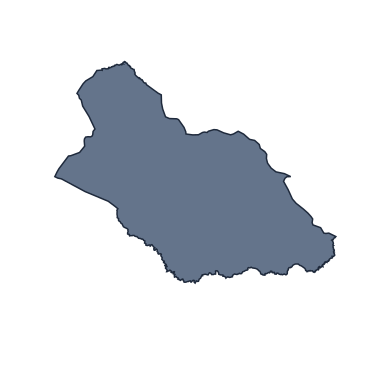 Uvira, Sud-Kivu, Democratic Republic of the Congo (Albers equal-area conic projection), rotated 127°
{"feature_id": "63176286B42701779698156", "entity_name": "Uvira", "entity_type": "district", "adm_level": 2, "iso_a3": "COD", "parent_name": "Democratic Republic of the Congo", "parent_adm1": "Sud-Kivu", "projection": "albers", "projection_center": [29.091, -3.199], "detail": "fine", "context": "isolated", "style": "filled", "palette": "slate", "viewbox_px": 384, "rotation_deg": 127, "n_neighbors": 0, "source": "geoboundaries", "source_scale": "gbopen_adm2", "svg_char_len": 6008}
<svg xmlns="http://www.w3.org/2000/svg" viewBox="0 0 384 384"><g transform="rotate(127 192 192)"><path d="M262.3,310.8L261.7,307.6L260.1,304.2L256.0,277.6L249.8,253.3L249.8,244.4L250.0,241.1L251.8,241.0L252.2,240.4L254.9,238.5L256.3,237.0L257.5,236.3L257.4,234.7L258.7,233.8L259.1,233.1L258.9,231.7L259.7,229.8L259.5,228.8L261.0,225.9L260.9,224.7L260.3,222.0L260.4,220.6L261.5,219.9L261.9,219.3L263.5,218.8L264.3,218.1L263.6,216.5L264.5,215.8L264.6,215.3L263.9,214.9L262.9,213.5L262.2,213.1L261.5,211.9L261.7,211.2L261.2,209.7L260.7,209.2L261.1,206.8L260.1,205.1L260.1,204.1L259.6,203.7L259.3,202.3L259.8,201.5L259.4,200.3L260.1,199.7L261.3,199.2L261.1,197.7L262.2,196.8L261.8,195.7L261.3,195.1L260.0,194.3L259.9,193.4L260.4,192.8L260.0,192.6L258.9,192.9L258.4,192.6L258.2,192.0L259.0,189.6L258.9,188.3L260.3,188.4L261.2,187.4L261.1,186.9L260.8,186.5L259.2,186.4L258.9,186.0L259.2,184.9L260.6,184.0L260.6,182.8L261.7,182.1L261.6,181.1L260.4,180.3L260.1,179.2L260.3,178.9L261.1,178.9L261.7,178.3L262.4,176.2L263.9,175.6L264.2,173.6L263.9,172.5L264.3,172.2L265.1,172.5L265.5,172.2L265.2,171.3L265.5,170.0L265.4,169.0L265.9,168.7L266.3,168.8L267.0,169.5L267.2,169.2L267.2,168.8L266.4,167.9L266.4,167.2L266.8,167.1L267.6,167.7L268.6,167.5L268.9,167.2L268.9,166.1L269.3,165.0L270.1,164.5L270.9,164.3L270.7,164.0L269.4,163.8L269.2,163.1L268.7,162.8L267.7,162.6L267.9,162.0L267.6,161.3L267.8,160.8L268.7,160.5L268.7,159.9L266.3,158.3L266.3,158.0L266.9,157.8L268.6,157.9L268.1,156.1L269.0,156.1L270.5,154.8L270.4,154.5L269.5,154.4L269.0,153.8L269.4,152.6L269.0,151.4L269.3,150.9L270.1,150.9L270.1,150.3L269.5,149.4L269.7,148.2L269.4,147.9L268.1,147.7L267.1,147.0L267.1,146.6L268.0,145.8L268.0,144.9L268.7,144.4L268.7,143.9L267.8,142.7L266.2,141.7L265.6,140.9L265.1,140.8L264.0,140.0L264.0,139.6L264.6,138.8L264.3,138.3L262.3,138.2L261.4,137.4L261.4,136.8L262.0,136.7L262.7,136.1L262.9,134.7L260.4,135.0L260.0,133.6L259.4,133.1L257.3,133.8L255.7,133.3L253.4,133.8L252.5,133.1L252.3,133.3L252.6,133.8L252.1,134.0L249.7,132.0L248.6,129.3L246.4,129.5L245.9,129.3L245.6,128.0L246.1,126.6L245.0,125.2L243.7,124.5L243.4,123.8L241.4,125.0L241.1,125.6L240.4,125.4L239.7,124.1L240.4,122.4L241.6,121.1L241.0,119.3L239.7,117.2L240.0,116.8L240.6,116.6L239.8,115.2L239.8,114.4L240.4,113.1L239.4,113.0L238.2,112.3L237.7,110.7L236.6,109.6L236.0,109.4L235.4,108.7L234.2,109.4L232.0,108.8L230.8,106.4L229.9,106.0L229.3,105.4L228.5,105.3L228.1,104.1L227.3,103.3L225.2,103.5L224.1,102.7L222.4,102.0L220.8,100.7L220.1,100.8L219.4,101.6L218.4,101.4L217.8,100.1L216.5,99.5L216.3,98.1L214.8,95.3L214.3,93.2L214.7,91.2L214.5,90.3L214.9,89.3L216.0,87.7L215.7,86.4L215.4,86.2L215.6,85.4L214.5,83.7L214.3,83.7L213.8,84.4L213.0,84.4L212.8,83.7L212.2,83.2L210.3,82.5L209.9,81.4L209.0,81.3L208.4,81.7L207.7,81.4L207.3,80.4L207.6,80.0L208.1,79.8L208.1,79.4L207.8,78.8L206.7,78.2L206.8,77.5L207.6,77.0L207.7,76.7L207.0,75.3L206.4,75.2L206.0,75.5L205.1,74.6L205.2,73.1L204.7,71.7L203.8,70.9L203.9,70.4L203.6,69.9L202.0,69.0L201.6,67.1L200.0,66.7L197.8,68.2L196.0,68.3L195.7,68.8L194.0,69.0L193.1,67.8L192.7,67.9L192.5,67.5L191.4,67.2L190.1,67.4L188.6,66.9L187.2,66.0L185.6,63.8L185.7,61.6L185.2,60.4L185.1,56.0L185.7,54.5L186.3,54.0L186.0,52.6L186.4,52.3L185.8,51.6L185.2,51.7L184.8,51.5L184.2,51.0L184.2,50.3L183.5,50.1L183.5,49.6L182.5,48.5L182.9,47.0L182.7,46.3L182.1,46.6L181.9,46.4L182.2,46.0L181.9,45.6L181.1,45.6L180.3,46.1L179.9,45.6L178.3,45.3L178.3,44.5L177.7,44.7L177.5,44.3L176.2,45.0L176.6,45.3L176.2,45.7L175.5,45.6L174.8,45.3L175.0,44.5L174.8,44.3L175.2,43.9L174.9,43.8L174.4,44.1L174.0,43.7L173.2,43.7L173.4,43.4L173.0,43.3L172.8,42.5L171.4,44.0L170.7,43.5L170.3,43.5L170.4,43.1L169.8,42.9L169.2,43.0L169.0,43.4L168.6,43.4L168.5,43.7L167.7,43.6L167.8,43.0L167.2,42.9L167.0,41.8L165.9,42.2L165.2,41.3L164.9,41.3L164.6,41.6L164.3,41.4L164.0,41.7L163.4,41.4L162.9,41.8L161.4,41.4L160.6,40.5L160.1,40.3L159.7,40.4L159.1,41.4L158.1,40.2L156.8,39.9L156.2,40.4L155.6,41.6L155.0,41.6L155.0,42.4L154.6,43.0L153.5,42.8L153.2,43.1L153.0,43.9L152.6,43.8L152.4,44.2L152.6,44.5L151.4,45.6L151.2,46.2L150.2,46.8L149.5,46.6L149.4,47.7L148.0,48.1L147.0,49.3L146.9,49.9L146.4,50.2L146.4,50.9L145.8,50.8L146.0,51.3L144.2,50.7L142.7,50.8L142.4,50.3L141.0,50.3L142.5,58.0L144.6,60.2L145.5,62.0L143.1,67.8L145.5,75.6L144.2,77.6L140.9,79.4L140.0,82.1L139.1,86.7L138.6,92.8L138.4,102.0L137.2,107.6L132.3,116.6L128.4,125.3L125.1,126.0L122.7,125.4L120.3,122.4L121.7,129.2L125.4,137.1L125.3,143.2L123.5,149.0L120.5,152.7L117.0,155.0L116.0,158.0L116.1,163.6L113.6,166.9L113.1,173.0L115.3,177.7L114.7,185.6L115.7,191.7L120.7,193.8L123.1,195.6L125.7,202.3L127.3,209.4L129.0,212.1L133.6,215.5L135.3,215.7L136.8,218.3L138.1,219.4L142.4,221.3L145.9,225.7L149.3,231.7L147.6,233.3L145.2,237.3L142.3,246.3L142.7,248.2L146.9,254.2L147.9,258.4L143.4,265.3L139.3,269.9L132.9,275.0L133.5,278.7L133.7,292.9L132.8,294.5L133.5,295.4L133.5,296.7L132.4,299.3L132.9,299.8L132.6,301.1L132.8,302.0L133.2,302.4L133.0,302.8L132.5,302.7L132.5,303.0L133.1,303.9L132.8,307.1L132.2,308.8L131.6,308.8L130.7,309.6L130.6,310.3L129.0,312.0L129.5,312.9L129.4,313.8L129.8,315.1L129.6,315.8L129.0,316.5L129.3,317.1L129.0,317.3L129.2,317.5L128.7,318.2L129.1,319.0L128.2,321.6L128.6,322.1L128.2,323.4L128.4,324.2L128.9,324.0L129.4,324.8L130.1,325.0L131.2,324.6L131.2,324.3L131.4,324.6L132.3,324.6L131.9,325.1L132.1,325.4L132.5,325.4L133.3,326.0L134.1,326.2L134.6,326.6L135.3,328.8L136.7,329.4L137.2,329.9L137.6,329.7L137.8,330.1L138.7,330.0L139.3,330.9L139.8,330.9L140.4,331.6L141.4,331.7L142.0,332.3L142.4,333.4L142.8,333.5L143.3,332.8L144.0,333.1L145.6,335.0L145.7,336.0L147.8,338.0L148.9,337.0L149.2,337.7L152.2,341.1L159.5,340.6L167.2,343.7L171.1,344.1L178.9,343.6L182.5,343.2L182.9,340.7L184.9,338.3L185.2,335.8L189.2,331.0L193.7,319.6L200.1,307.4L203.1,307.5L206.1,305.7L207.8,305.5L209.1,306.3L210.4,308.3L212.2,310.0L214.4,309.8L216.1,308.8L220.0,305.3L228.1,305.6L235.9,310.6L237.6,312.3L253.5,312.3L257.3,311.8L262.3,310.8Z" fill="#64748b" stroke="#1e293b" stroke-width="1.5"/></g></svg>